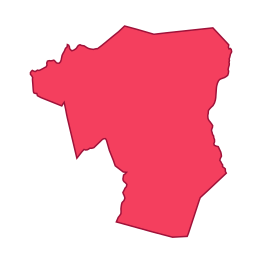 Pentecoste, Ceará, Brazil, rotated 4°
{"feature_id": "56859067B67675566345741", "entity_name": "Pentecoste", "entity_type": "district", "adm_level": 2, "iso_a3": "BRA", "parent_name": "Brazil", "parent_adm1": "Ceará", "projection": "equal_earth", "projection_center": [-39.18, -3.876], "detail": "fine", "context": "isolated", "style": "filled", "palette": "rose", "viewbox_px": 256, "rotation_deg": 4, "n_neighbors": 0, "source": "geoboundaries", "source_scale": "gbopen_adm2", "svg_char_len": 2529}
<svg xmlns="http://www.w3.org/2000/svg" viewBox="0 0 256 256"><g transform="rotate(4 128 128)"><path d="M122.9,222.5L159.0,229.8L180.0,233.8L194.6,232.0L195.5,229.3L204.2,194.8L204.9,192.4L211.1,185.8L229.2,166.2L228.2,164.6L227.9,162.0L226.6,161.0L225.0,160.0L225.0,158.3L223.7,156.6L222.8,155.0L221.8,153.9L222.2,152.0L223.2,149.6L222.8,147.5L222.2,145.5L221.1,143.6L220.2,141.9L219.3,140.3L217.2,139.9L215.3,139.2L214.7,137.7L215.3,135.8L215.1,133.5L214.3,131.9L213.9,129.9L212.8,128.5L212.2,126.5L211.5,125.0L211.6,123.3L212.2,121.5L212.3,119.7L211.1,118.1L210.0,116.8L208.2,114.8L207.2,113.1L206.9,111.5L206.7,109.7L207.0,108.0L207.0,105.0L208.2,103.1L209.7,101.3L211.2,99.7L212.5,97.0L213.2,94.1L213.4,91.7L213.4,89.9L213.4,88.2L213.4,85.4L213.4,83.6L213.4,82.0L213.5,80.0L214.1,77.0L215.0,74.6L216.1,73.2L217.4,72.4L220.8,70.9L222.6,69.6L223.8,68.4L224.3,66.4L224.4,64.2L223.8,62.8L224.1,60.2L224.5,58.5L224.6,56.9L224.2,55.3L224.5,53.7L224.1,52.1L224.6,50.1L225.0,47.3L226.1,44.8L225.5,42.4L224.4,41.5L223.3,42.1L222.5,40.5L222.7,38.0L205.7,22.2L159.6,30.4L147.3,32.7L142.7,31.7L130.2,29.0L117.5,26.5L111.9,32.6L106.2,37.9L96.2,47.4L92.1,51.0L90.9,51.1L89.5,51.5L88.0,52.0L86.3,51.9L84.6,51.7L83.1,51.4L81.4,50.7L79.8,49.8L78.5,49.1L77.2,49.0L75.9,48.9L74.3,48.3L72.7,49.1L71.7,50.7L71.0,52.0L70.0,53.0L68.3,54.2L66.6,54.9L65.2,53.9L64.2,52.8L63.9,51.1L63.0,49.5L61.7,49.0L61.6,51.3L60.1,52.9L59.1,55.9L58.1,57.9L57.2,60.1L56.8,63.1L56.6,64.9L56.0,66.7L54.9,68.1L53.5,68.3L52.1,68.0L50.5,66.4L49.3,65.5L47.6,66.1L46.1,66.4L44.7,66.3L43.0,66.9L42.4,68.9L42.8,71.0L41.9,72.9L40.5,73.6L39.4,74.4L37.9,75.3L36.5,76.2L35.2,76.8L33.6,76.6L32.6,77.4L31.4,78.2L29.9,77.8L28.5,77.2L27.6,78.2L26.8,79.6L27.0,81.4L28.1,82.4L29.3,84.1L29.3,86.3L29.6,88.3L30.0,90.8L30.6,95.2L31.0,97.8L31.5,99.4L33.0,100.0L34.6,99.9L35.4,102.1L39.0,103.7L60.4,110.6L61.4,108.6L62.5,106.8L64.4,113.3L65.8,118.7L66.8,122.2L75.0,148.5L79.1,161.7L83.6,155.0L85.6,152.5L87.3,152.9L89.1,152.5L90.3,151.7L91.5,150.8L92.8,150.8L94.3,150.4L95.4,149.9L103.1,141.3L104.5,140.4L106.2,140.2L107.1,141.2L107.7,142.6L111.0,151.7L115.6,161.2L117.9,166.6L126.3,172.2L129.6,172.3L128.2,174.1L126.9,175.2L126.7,177.1L126.5,179.2L126.9,180.7L127.8,181.8L129.1,182.7L130.8,184.3L130.5,186.6L129.3,188.1L128.4,190.4L127.4,192.7L128.1,194.4L128.9,195.7L129.8,198.1L129.1,200.6L128.2,201.7L127.3,202.8L126.9,204.5L126.7,206.7L126.6,209.1L126.9,211.9L126.9,214.0L125.8,216.0L124.5,217.9L123.8,219.9L122.9,222.5Z" fill="#f43f5e" stroke="#9f1239" stroke-width="1.5"/></g></svg>